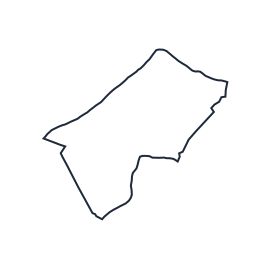 outline of Bahr-Azoum, Salamat, Chad, rotated 212°
{"feature_id": "50815135B73615292321578", "entity_name": "Bahr-Azoum", "entity_type": "district", "adm_level": 2, "iso_a3": "TCD", "parent_name": "Chad", "parent_adm1": "Salamat", "projection": "natural_earth1", "projection_center": [20.375, 10.976], "detail": "fine", "context": "isolated", "style": "outline", "palette": "slate", "viewbox_px": 256, "rotation_deg": 212, "n_neighbors": 0, "source": "geoboundaries", "source_scale": "gbopen_adm2", "svg_char_len": 1553}
<svg xmlns="http://www.w3.org/2000/svg" viewBox="0 0 256 256"><g transform="rotate(212 128 128)"><path d="M68.6,161.5L63.7,187.1L67.9,189.0L67.1,193.6L64.8,198.2L64.6,198.5L65.1,203.6L62.0,206.2L65.2,212.0L68.1,219.6L70.4,219.0L73.8,217.9L77.3,216.0L81.4,214.7L85.4,214.0L89.9,213.3L93.8,213.8L96.6,214.0L98.7,213.1L100.8,211.6L103.8,210.8L106.7,211.1L109.4,211.5L111.7,211.7L115.3,211.6L119.2,211.6L121.5,211.7L125.0,212.2L128.7,212.6L131.1,213.0L136.3,213.7L139.7,213.0L143.3,211.0L145.3,209.0L145.8,204.2L146.2,197.8L147.2,193.9L147.8,189.9L148.9,185.3L150.2,182.8L150.7,180.3L152.4,176.1L153.6,173.2L154.7,170.9L155.5,167.0L156.8,162.7L157.6,160.2L158.8,157.4L160.3,153.8L161.6,149.5L162.6,145.5L163.3,142.3L164.6,135.6L167.1,130.2L168.5,126.3L169.7,123.2L170.8,119.6L172.8,115.8L174.6,112.0L175.4,109.6L176.8,107.4L179.6,103.4L181.2,100.8L183.1,97.8L185.3,95.4L187.7,92.1L189.6,89.0L191.6,85.8L192.4,82.8L193.2,80.2L193.5,77.1L194.0,74.4L176.7,77.8L171.5,79.1L171.7,71.0L168.5,68.9L160.9,64.6L137.7,50.8L137.3,50.6L116.2,38.8L113.0,37.0L112.0,37.2L110.2,37.5L108.1,36.4L101.6,36.9L101.1,40.1L100.4,42.5L99.0,46.8L96.9,51.1L95.0,54.3L93.0,57.9L90.0,62.7L88.7,66.8L88.6,70.3L89.4,73.4L92.0,77.2L95.0,80.6L97.1,85.7L98.9,88.9L100.1,92.4L99.7,95.4L99.4,98.2L100.3,101.7L101.8,106.1L102.6,109.9L101.2,111.8L99.1,113.2L97.2,114.3L94.8,115.5L91.6,115.8L88.4,117.7L85.5,119.4L81.8,122.0L79.6,122.7L76.1,124.7L73.1,125.9L70.3,126.0L68.1,125.9L68.9,131.0L71.2,133.6L69.0,136.9L70.4,150.3L68.6,161.5Z" fill="none" stroke="#1e293b" stroke-width="2"/></g></svg>